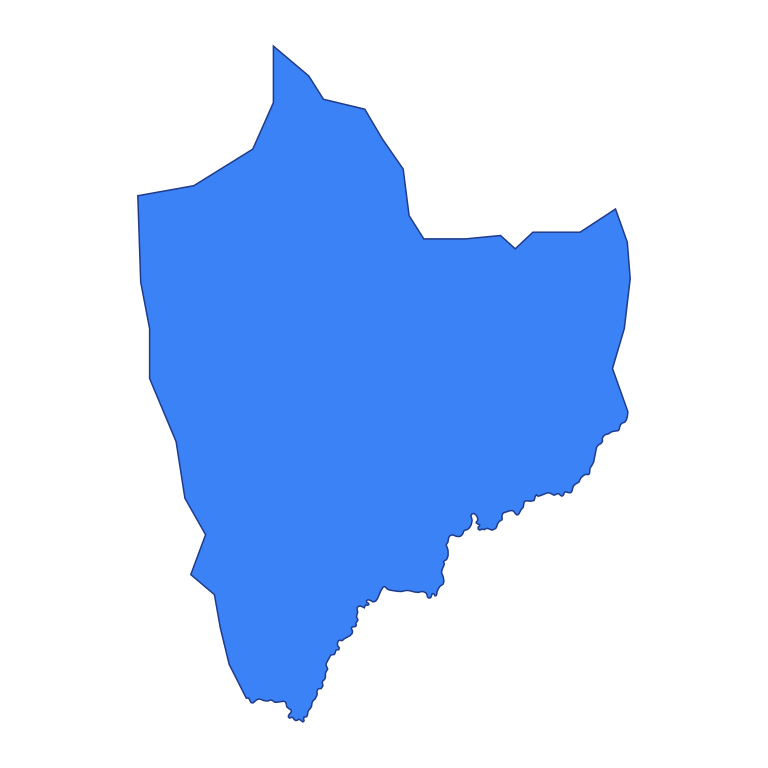 the district of Asokwa Municipal, Ashanti, Ghana
{"feature_id": "2480657B91188187265148", "entity_name": "Asokwa Municipal", "entity_type": "district", "adm_level": 2, "iso_a3": "GHA", "parent_name": "Ghana", "parent_adm1": "Ashanti", "projection": "robinson", "projection_center": [-1.578, 6.646], "detail": "fine", "context": "isolated", "style": "filled", "palette": "blue", "viewbox_px": 768, "rotation_deg": 0, "n_neighbors": 0, "source": "geoboundaries", "source_scale": "gbopen_adm2", "svg_char_len": 4821}
<svg xmlns="http://www.w3.org/2000/svg" viewBox="0 0 768 768"><path d="M627.8,411.5L612.5,368.5L624.3,328.6L630.2,278.8L627.3,242.2L615.5,209.0L580.1,232.2L532.9,232.2L515.2,248.8L500.5,235.5L465.1,238.9L423.8,238.9L409.1,215.6L403.2,169.1L382.5,139.2L364.8,109.2L323.5,99.3L308.8,76.0L273.4,46.1L273.4,102.6L252.8,149.1L193.8,185.7L137.8,195.7L140.7,282.1L149.6,328.6L149.6,378.5L176.1,441.6L184.9,498.2L205.6,534.7L190.8,574.6L214.4,594.6L220.3,627.8L229.2,664.4L246.3,698.2L248.6,697.9L249.5,699.7L250.3,701.2L251.2,702.7L253.1,702.9L255.5,700.8L257.2,699.5L259.0,699.0L260.5,699.2L263.2,700.4L264.7,700.7L266.2,701.0L268.3,700.9L269.4,700.4L270.4,699.9L272.6,700.6L274.5,702.1L276.3,702.3L280.1,701.8L283.7,701.2L285.4,702.0L286.2,703.6L286.4,705.4L287.0,707.1L289.4,709.0L290.3,709.5L291.1,710.1L291.4,711.3L290.8,712.7L289.3,714.2L288.4,715.9L288.4,717.0L289.0,717.6L289.6,718.1L291.7,717.3L293.1,717.7L294.2,719.6L295.8,720.5L297.3,720.3L298.4,719.3L299.6,719.5L302.9,721.9L304.1,720.9L303.7,719.1L303.9,717.2L305.3,716.9L306.7,716.6L307.5,714.9L307.9,711.7L309.1,709.7L310.3,708.5L311.5,706.3L312.1,702.4L313.1,700.7L314.1,699.8L315.1,698.9L316.4,696.5L317.0,695.0L317.2,693.3L316.8,691.5L317.9,689.2L319.5,688.6L321.2,688.6L322.9,685.9L322.7,684.3L322.2,682.9L322.7,681.2L323.4,680.2L324.4,679.7L325.2,678.1L325.5,676.9L325.4,674.9L325.6,672.8L326.5,671.0L327.7,669.2L326.1,665.1L326.2,663.5L327.0,662.0L330.2,656.1L331.2,654.8L333.0,654.7L334.4,654.4L335.1,652.9L335.7,650.9L336.2,649.9L337.4,649.8L338.6,649.8L339.2,648.7L339.2,647.6L337.7,645.9L337.4,643.4L338.2,641.1L339.2,640.5L340.1,640.1L340.9,640.5L342.1,640.6L343.1,639.9L344.2,638.8L345.4,638.2L346.6,637.5L350.0,635.7L352.1,633.5L352.5,631.7L352.3,630.4L351.6,629.1L351.5,627.8L352.3,627.0L353.3,626.8L355.3,626.6L356.1,625.8L356.2,624.5L355.8,623.4L356.1,622.6L356.7,621.9L357.9,620.3L357.7,619.2L356.7,617.4L356.6,615.6L357.1,613.9L357.7,612.6L357.5,611.0L357.0,609.2L357.4,607.3L358.5,606.4L359.5,606.2L360.5,606.0L362.8,607.0L364.3,607.8L365.4,605.1L368.0,605.1L368.8,604.5L368.5,603.2L366.7,602.5L366.6,601.7L366.5,600.8L367.9,599.7L370.6,600.5L372.8,601.8L374.5,601.6L375.8,601.0L377.5,598.5L379.2,594.6L381.0,590.5L382.0,588.9L382.9,587.3L384.3,586.7L385.5,587.0L386.3,588.0L387.3,589.1L388.5,589.7L389.5,590.0L392.7,590.6L395.0,590.9L397.3,591.3L401.6,591.5L404.1,590.9L406.7,590.4L409.6,590.7L414.5,592.0L418.3,592.4L421.7,591.5L422.9,591.7L424.0,591.9L426.1,593.0L426.8,594.3L427.5,597.0L428.5,597.9L429.5,598.0L430.5,597.8L431.3,596.5L432.0,594.0L433.0,593.5L434.1,594.3L435.0,595.9L436.1,595.5L436.6,594.8L437.0,591.9L438.5,588.4L439.4,587.2L440.2,586.0L443.0,584.3L443.9,581.7L443.8,580.9L443.7,579.1L442.9,575.9L442.2,574.3L441.5,572.6L442.1,569.7L443.0,567.3L444.0,565.2L444.3,563.7L443.6,562.1L444.2,560.9L445.3,560.3L446.5,559.6L447.3,558.0L447.7,556.8L448.1,555.6L448.1,553.6L448.0,550.3L447.4,548.0L446.4,545.7L446.2,544.7L447.4,542.9L447.9,542.2L448.6,537.9L449.6,536.0L451.1,535.2L452.6,534.9L454.3,535.5L455.3,535.9L456.3,536.3L458.5,536.6L460.7,536.1L462.3,534.6L463.2,532.8L463.7,531.3L464.5,530.4L465.5,530.1L467.5,529.5L469.6,527.6L471.0,525.2L471.7,522.7L472.1,520.3L471.5,517.8L470.9,515.8L472.1,513.8L473.9,513.5L475.9,514.9L477.4,517.3L477.7,518.8L477.6,520.5L476.2,522.2L476.3,523.1L477.9,524.0L479.7,524.8L479.6,525.8L478.2,527.0L478.1,528.0L478.3,529.3L479.5,530.0L480.6,529.9L482.0,529.0L483.1,529.4L484.4,529.6L486.3,528.4L487.9,528.5L489.2,529.0L490.7,529.6L491.9,530.1L493.3,529.7L495.7,528.4L496.6,526.8L497.5,524.1L498.6,522.2L500.3,520.7L502.0,519.8L502.2,518.4L501.9,516.0L502.6,513.9L503.7,512.8L504.8,512.4L510.1,510.7L512.4,510.6L513.8,511.4L514.8,512.9L516.5,514.8L518.0,514.7L518.9,513.8L520.4,510.9L521.7,508.8L522.9,507.8L523.3,506.9L524.1,502.3L524.8,501.3L525.7,501.0L526.6,500.8L530.2,501.2L533.0,500.8L534.2,500.3L534.9,497.7L535.4,495.9L536.5,494.9L537.2,495.6L538.0,496.2L540.1,495.7L547.3,492.9L549.0,492.9L550.4,493.2L552.8,494.6L554.4,495.2L555.6,494.5L557.0,493.8L558.2,493.6L559.4,494.2L560.7,495.5L561.9,496.1L562.9,495.6L563.6,494.7L563.9,493.3L564.6,492.3L566.0,491.8L567.9,492.5L570.0,492.8L571.2,492.3L572.0,490.9L572.4,489.3L572.8,487.9L573.5,485.9L575.2,484.2L576.9,483.3L578.2,482.5L579.0,481.9L580.0,479.6L581.1,477.6L582.6,476.3L583.8,475.3L585.5,474.4L587.0,474.5L588.6,474.5L589.4,473.6L589.7,471.8L589.8,470.1L590.0,468.3L592.0,465.2L593.8,461.6L594.1,459.6L596.4,448.2L596.8,446.8L597.8,445.6L599.2,444.4L600.8,443.6L602.0,442.3L602.5,441.0L602.3,438.9L602.7,437.4L603.5,436.3L604.5,435.2L606.1,434.4L607.9,434.0L609.4,433.3L610.8,432.2L612.6,431.5L614.8,431.1L617.9,430.7L618.6,430.3L619.3,428.9L619.5,427.6L620.1,426.0L620.6,424.6L622.5,422.9L624.8,422.2L625.5,421.1L626.3,420.1L627.2,417.1L627.7,414.1L627.8,411.5Z" fill="#3b82f6" stroke="#1e3a8a" stroke-width="1.5"/></svg>